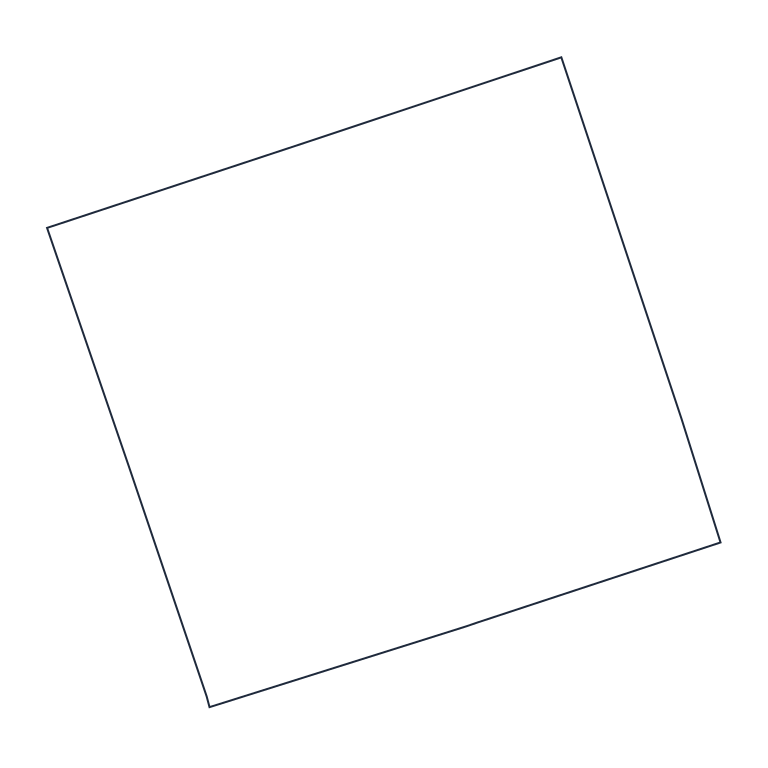 Kalamazoo, Michigan, United States of America, rotated 162°
{"feature_id": "52423323B79129460570893", "entity_name": "Kalamazoo", "entity_type": "district", "adm_level": 2, "iso_a3": "USA", "parent_name": "United States of America", "parent_adm1": "Michigan", "projection": "natural_earth1", "projection_center": [-85.49, 42.245], "detail": "fine", "context": "isolated", "style": "outline", "palette": "slate", "viewbox_px": 768, "rotation_deg": 162, "n_neighbors": 0, "source": "geoboundaries", "source_scale": "gbopen_adm2", "svg_char_len": 298}
<svg xmlns="http://www.w3.org/2000/svg" viewBox="0 0 768 768"><g transform="rotate(162 384 384)"><path d="M649.8,130.6L380.5,128.1L368.2,128.3L112.9,129.3L111.8,258.6L114.4,639.9L384.3,637.9L656.2,636.6L652.1,383.0L649.2,141.6L649.8,130.6Z" fill="none" stroke="#1e293b" stroke-width="2"/></g></svg>